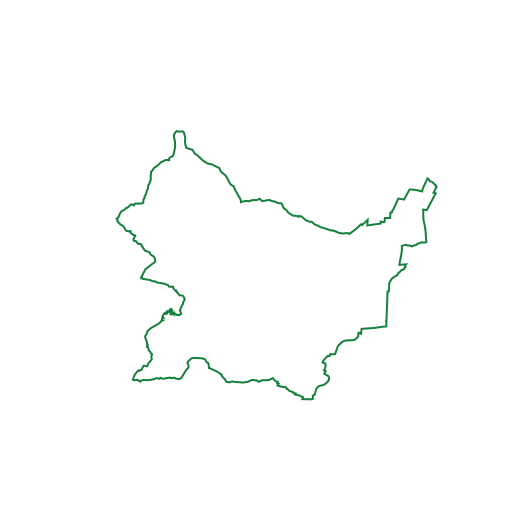 Geoagiu, Hunedoara, Romania, rotated 313°
{"feature_id": "2599482B22315880947882", "entity_name": "Geoagiu", "entity_type": "district", "adm_level": 2, "iso_a3": "ROU", "parent_name": "Romania", "parent_adm1": "Hunedoara", "projection": "natural_earth1", "projection_center": [23.19, 45.959], "detail": "fine", "context": "isolated", "style": "outline", "palette": "green", "viewbox_px": 512, "rotation_deg": 313, "n_neighbors": 0, "source": "geoboundaries", "source_scale": "gbopen_adm2", "svg_char_len": 6146}
<svg xmlns="http://www.w3.org/2000/svg" viewBox="0 0 512 512"><g transform="rotate(313 256 256)"><path d="M214.4,393.8L214.8,394.0L216.0,393.2L217.1,391.8L217.5,390.7L216.5,386.2L219.3,385.5L218.7,383.7L220.7,383.3L223.4,381.6L224.7,380.1L223.6,377.3L224.8,376.8L228.2,376.5L231.8,376.6L233.1,378.1L235.0,377.2L236.2,379.0L238.3,380.7L246.0,377.3L248.0,377.3L252.5,377.8L253.9,378.3L255.6,379.4L260.2,384.0L262.3,385.3L263.2,385.5L265.5,385.7L267.0,385.5L268.0,384.8L269.0,383.5L270.3,383.7L270.8,385.8L274.7,382.9L284.4,391.9L291.0,397.1L293.3,399.3L297.2,396.0L297.2,395.3L298.0,395.2L319.8,376.4L320.7,377.2L321.1,377.1L327.1,371.9L331.6,370.8L335.5,371.4L338.3,372.4L340.3,371.7L343.0,372.1L344.4,371.9L347.2,373.3L348.1,372.8L350.0,372.7L350.5,371.7L352.3,371.5L347.3,366.8L356.4,361.1L359.8,358.7L362.8,355.8L366.3,357.8L366.8,358.5L367.3,360.2L368.4,361.0L368.8,361.8L369.2,363.4L371.5,364.3L373.0,365.5L375.1,365.8L379.1,367.9L380.3,369.7L382.3,371.1L390.3,362.5L393.6,358.3L396.8,353.6L404.0,346.6L406.0,349.6L424.0,344.8L424.4,344.7L423.3,342.7L429.2,341.1L429.2,340.3L430.0,340.2L430.3,339.3L430.2,336.6L430.4,334.8L429.2,332.0L429.9,330.4L429.7,328.5L420.6,331.5L417.3,332.8L416.6,333.5L412.7,326.9L409.4,322.9L398.3,325.8L395.1,320.9L384.0,324.6L382.8,324.5L380.5,325.7L379.5,324.6L375.3,328.2L371.7,324.4L368.5,326.8L368.2,326.2L367.5,326.0L366.3,323.8L364.8,325.1L354.3,316.6L358.6,313.0L351.0,312.5L351.0,311.2L344.3,310.8L335.6,309.2L335.6,308.1L335.0,307.0L331.7,304.3L331.1,303.1L329.4,301.2L329.0,299.2L328.5,298.4L328.0,296.6L327.6,296.1L327.0,294.4L326.0,293.9L322.3,285.7L321.2,283.9L320.6,281.2L319.1,277.1L319.0,273.3L317.6,271.8L316.1,267.9L316.0,262.2L315.1,261.6L314.9,260.3L314.5,260.1L313.8,260.3L312.8,258.1L310.8,255.6L309.7,250.2L310.3,246.9L309.9,243.8L310.4,242.2L311.7,239.7L311.8,238.6L309.4,235.6L308.8,232.8L306.7,229.7L306.6,228.3L306.3,227.9L304.3,226.0L301.1,223.9L300.6,223.2L300.2,222.1L300.6,220.5L300.2,219.6L297.5,218.5L294.4,215.2L291.2,213.5L289.5,211.1L285.9,208.6L285.1,208.3L286.9,206.1L288.5,200.3L289.2,199.0L289.6,196.9L291.6,192.4L291.6,191.3L291.0,188.7L291.9,185.3L292.6,184.2L294.2,178.6L293.7,173.6L294.1,171.8L295.3,169.3L292.9,161.3L291.2,158.4L290.2,156.4L290.3,155.4L289.6,152.4L289.7,144.7L289.1,141.5L290.3,137.3L287.6,131.3L288.7,129.1L290.7,126.6L294.4,123.4L297.2,119.0L297.0,117.2L294.4,114.9L293.3,112.9L292.2,112.7L289.6,113.0L287.8,114.0L284.0,119.2L281.1,122.1L275.1,125.9L272.4,127.0L269.0,125.8L268.1,126.0L266.9,127.2L264.9,124.6L260.1,122.7L253.6,122.1L251.4,121.4L247.1,121.9L246.1,121.7L244.2,123.6L242.4,124.3L241.6,125.7L239.6,127.2L236.3,128.6L233.8,129.2L231.5,131.1L229.1,131.7L228.0,132.5L225.9,133.4L223.8,133.8L222.3,135.0L220.6,135.1L218.0,137.3L215.8,136.1L211.9,131.8L211.2,131.6L209.9,132.2L209.3,131.4L209.0,129.8L208.4,129.3L203.5,129.1L202.8,128.3L201.0,128.5L196.8,127.1L194.1,127.6L191.2,128.7L189.8,128.9L188.2,128.6L187.7,130.7L187.3,130.7L186.9,131.0L186.6,135.6L187.3,138.2L186.9,140.6L186.3,141.9L186.0,143.3L186.1,144.1L187.3,146.3L188.7,147.2L187.3,148.8L187.7,150.7L187.7,151.8L188.6,153.5L188.5,154.0L186.3,154.4L184.0,155.5L183.8,156.0L185.0,158.2L184.5,161.6L185.8,162.8L186.3,164.3L185.2,165.8L185.4,167.0L184.9,167.5L184.9,168.3L184.4,169.2L184.7,169.9L184.2,171.1L186.1,175.6L185.2,178.0L185.8,181.2L185.7,182.4L185.1,184.0L183.2,186.2L170.9,184.2L161.9,186.6L162.0,187.2L161.8,187.3L162.3,187.7L161.9,188.4L162.5,189.5L166.2,194.9L166.9,197.5L168.4,199.1L169.6,202.7L171.0,204.2L172.2,206.5L173.4,208.0L173.9,209.9L174.7,211.3L174.3,213.1L174.5,213.7L177.0,216.3L176.2,217.3L175.8,218.7L175.7,221.5L176.2,221.5L175.5,223.5L175.6,224.7L175.0,226.7L177.0,229.3L177.0,230.8L175.7,233.4L174.1,234.0L173.1,234.0L170.8,235.4L168.1,235.7L167.4,236.3L164.8,237.1L164.2,237.8L163.3,239.9L162.6,240.7L160.2,240.1L159.8,239.0L159.2,238.7L159.2,238.2L158.7,237.9L158.6,236.1L157.8,236.2L158.3,235.7L158.0,235.5L158.4,234.8L157.5,234.9L157.2,234.7L157.3,234.1L156.8,234.2L156.6,233.8L155.7,234.2L155.1,233.1L155.6,232.7L156.0,232.9L156.5,232.2L157.2,233.7L157.8,233.3L157.7,232.4L158.7,232.3L159.4,230.9L159.2,229.8L158.5,229.5L158.0,229.6L158.1,230.7L157.8,231.3L157.4,231.4L156.7,230.7L155.0,230.0L156.0,229.7L154.9,229.3L155.0,228.7L153.8,228.8L152.5,228.4L152.7,228.8L153.5,229.0L153.6,229.6L153.4,229.9L153.2,229.6L152.7,229.9L151.1,228.5L149.4,228.4L147.4,229.4L147.8,229.8L147.7,230.5L146.7,229.9L144.6,230.9L145.2,231.7L142.9,231.0L141.8,231.3L139.4,230.7L131.9,228.4L127.4,227.8L124.0,229.3L122.0,229.5L121.2,230.0L118.5,235.1L116.6,237.6L116.3,237.3L116.1,237.6L116.4,237.8L115.7,238.1L115.9,238.2L115.3,239.3L115.2,240.2L114.0,241.6L113.8,243.7L113.2,245.2L113.3,246.9L111.0,248.1L109.3,250.2L103.6,250.6L101.3,251.6L100.5,251.0L99.9,249.6L98.9,248.6L94.6,249.9L93.9,249.2L92.2,248.9L92.0,248.1L90.5,248.0L86.3,248.3L81.6,250.2L82.0,251.6L84.6,253.8L84.5,254.7L85.0,255.3L85.2,256.6L85.4,256.4L88.4,258.1L91.3,261.5L95.7,265.0L99.1,266.7L99.6,268.1L100.4,269.1L101.7,269.1L102.1,269.6L102.1,270.8L102.6,271.4L103.7,272.6L104.8,273.1L107.7,275.4L108.5,276.2L108.7,277.1L109.0,277.1L109.6,278.0L110.8,278.7L110.9,279.2L111.5,279.8L111.5,280.6L112.2,281.9L112.9,282.5L113.4,283.5L114.5,284.2L115.7,284.6L125.5,282.6L128.5,282.8L130.4,280.5L131.0,278.8L132.3,278.2L137.0,278.6L138.4,279.5L140.3,281.5L144.5,286.4L145.6,289.2L144.7,292.2L145.2,294.1L142.0,298.2L142.5,299.0L144.8,305.9L145.5,310.2L145.5,310.9L145.8,311.4L145.8,312.0L145.4,312.1L144.8,313.2L144.6,315.8L144.8,317.1L143.9,319.4L144.1,320.6L145.4,322.7L148.2,324.3L149.1,325.9L155.0,333.3L157.6,334.9L158.4,335.8L163.0,337.8L164.8,340.6L165.5,341.1L165.8,343.8L169.2,345.1L173.8,349.9L178.2,351.7L177.8,354.6L178.2,357.2L178.7,357.7L177.5,358.2L178.1,359.6L176.0,360.0L177.1,362.1L177.0,362.8L177.4,363.0L178.9,365.5L180.3,366.6L180.1,368.3L179.8,369.2L180.2,369.4L180.1,372.3L181.6,375.7L181.2,375.9L182.4,378.6L181.8,378.7L182.0,379.2L181.5,379.1L183.3,382.3L184.9,386.6L182.9,387.5L189.3,394.6L190.4,395.0L192.6,392.8L194.4,393.5L199.8,390.8L202.4,390.6L204.0,390.8L207.4,393.1L209.2,393.8L212.9,394.2L214.4,393.8Z" fill="none" stroke="#15803d" stroke-width="2"/></g></svg>